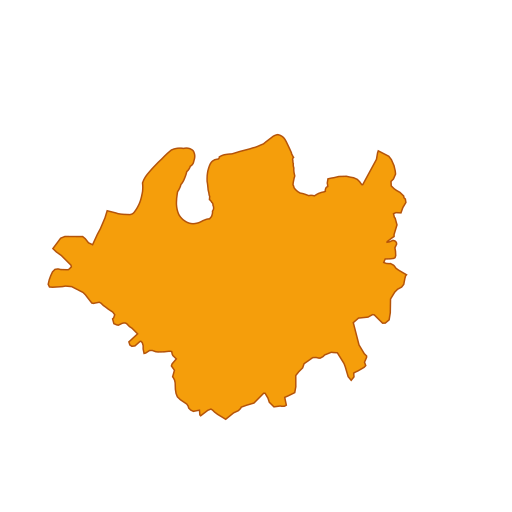 the district of Al-Bagur, Al Minufiyah, Egypt, rotated 223°
{"feature_id": "37247803B46685873859675", "entity_name": "Al-Bagur", "entity_type": "district", "adm_level": 2, "iso_a3": "EGY", "parent_name": "Egypt", "parent_adm1": "Al Minufiyah", "projection": "natural_earth1", "projection_center": [31.09, 30.413], "detail": "fine", "context": "isolated", "style": "filled", "palette": "amber", "viewbox_px": 512, "rotation_deg": 223, "n_neighbors": 0, "source": "geoboundaries", "source_scale": "gbopen_adm2", "svg_char_len": 6162}
<svg xmlns="http://www.w3.org/2000/svg" viewBox="0 0 512 512"><g transform="rotate(223 256 256)"><path d="M409.6,122.9L404.8,122.8L398.7,123.6L385.0,123.1L383.6,122.1L383.8,118.2L384.7,117.2L389.6,112.9L392.0,111.5L393.9,109.1L394.0,105.6L392.7,101.6L391.0,97.6L388.7,93.6L385.9,92.5L383.5,94.4L376.7,101.6L374.8,104.1L369.9,107.9L357.6,111.4L354.3,111.3L351.5,110.8L344.0,109.6L342.5,110.5L341.5,112.0L340.1,113.9L339.1,115.3L337.2,115.8L333.9,115.7L331.1,116.1L327.6,116.4L322.5,117.3L319.3,116.7L317.9,113.7L318.0,112.2L313.8,109.6L311.0,110.6L309.5,111.5L308.0,115.4L307.0,116.9L306.0,117.8L304.6,118.3L300.4,118.1L297.5,118.6L289.5,118.3L290.4,106.5L287.6,104.9L285.2,105.3L283.2,107.7L282.6,114.2L282.1,115.1L280.2,115.1L277.4,113.5L275.1,111.0L271.4,108.4L270.5,109.8L269.4,114.3L267.4,116.2L264.1,117.6L262.2,119.0L257.8,123.3L254.9,126.7L253.4,128.1L252.5,128.6L250.2,127.0L248.8,126.5L244.1,126.4L243.8,119.9L242.9,117.9L237.7,116.8L234.6,110.8L233.7,110.7L230.9,109.7L228.6,108.1L224.0,103.5L220.8,101.0L217.5,99.4L213.3,99.3L205.7,100.5L203.4,100.0L201.5,98.9L198.7,98.8L195.8,99.7L195.2,100.6L192.2,104.7L188.7,101.5L187.5,101.4L186.0,110.3L184.6,113.3L182.7,113.7L179.9,113.6L176.1,114.0L169.9,115.3L166.8,115.9L165.4,126.0L163.4,130.9L163.3,133.9L163.7,135.4L161.2,140.3L157.2,147.1L156.8,160.9L155.7,161.8L150.3,160.2L146.5,158.1L140.0,157.9L136.0,162.8L134.6,163.7L132.7,165.6L132.1,167.6L138.6,172.2L137.1,175.6L134.5,182.5L137.7,187.5L145.4,195.7L145.8,200.6L145.6,206.0L147.4,210.0L145.2,220.4L142.8,222.8L140.4,224.2L139.4,225.1L138.4,228.1L138.3,230.5L135.3,236.9L133.4,238.3L130.5,240.7L118.3,237.4L115.1,235.8L106.3,230.6L101.6,230.0L101.9,234.4L104.7,237.0L104.1,239.0L103.1,241.4L101.0,248.3L101.0,250.7L104.2,252.3L106.0,257.3L106.9,258.3L110.2,258.4L120.0,261.2L139.4,273.6L138.7,280.5L132.4,287.7L130.8,292.6L129.4,293.6L117.6,293.2L115.7,295.1L115.1,300.1L119.1,306.1L128.3,316.3L129.9,324.2L129.8,328.2L128.3,332.6L128.6,336.0L131.8,341.1L133.1,343.6L133.1,344.9L142.1,342.9L145.4,342.5L147.7,343.0L149.1,343.1L152.5,342.2L153.4,341.2L155.8,339.3L158.2,338.4L159.5,341.9L155.7,345.7L153.7,348.1L153.2,349.6L154.1,351.6L157.3,354.7L160.0,356.7L161.3,360.7L162.7,361.7L164.6,361.8L166.5,360.9L168.0,357.4L169.5,355.5L169.9,356.0L169.4,359.0L168.8,362.4L168.3,364.4L169.7,365.9L174.1,374.9L180.1,378.6L181.1,378.6L184.3,380.7L183.3,383.1L179.4,386.4L181.6,391.5L182.9,397.4L185.6,399.5L187.5,399.5L188.9,400.6L194.1,400.7L197.9,399.8L200.7,399.4L204.9,399.5L208.1,402.6L208.0,406.1L209.8,411.1L212.1,413.1L216.7,416.2L222.7,418.8L226.9,419.5L238.3,416.3L237.4,414.3L233.8,408.8L226.6,381.0L227.1,380.4L228.5,380.5L230.9,381.0L234.2,381.1L238.0,379.8L240.9,377.9L244.2,376.0L249.6,370.7L252.5,366.3L254.0,364.4L256.0,361.5L253.6,357.9L252.3,357.0L250.9,355.7L251.2,355.0L251.3,354.4L251.4,354.0L251.2,353.3L250.9,352.5L250.5,351.8L250.0,351.1L249.4,350.6L250.0,349.3L251.6,347.0L252.1,346.0L252.8,344.7L253.6,342.5L254.0,340.9L254.3,339.8L255.4,339.2L256.6,338.4L257.7,337.3L258.6,336.1L262.0,334.7L264.3,333.6L266.7,332.1L267.3,332.0L269.2,331.6L271.2,331.5L273.1,331.6L274.8,331.9L276.0,332.7L276.6,333.0L277.5,333.3L278.8,335.0L279.8,336.6L281.5,339.4L281.7,340.0L281.9,340.4L282.4,341.1L283.9,342.1L285.3,343.1L287.0,344.6L288.4,346.2L289.1,346.6L290.0,347.2L291.0,348.1L291.7,349.0L292.8,349.6L293.4,350.2L294.1,350.9L294.6,351.2L295.1,351.6L295.4,352.1L295.7,352.6L295.8,353.2L295.8,353.8L297.0,354.0L297.4,354.2L298.1,354.5L299.2,354.8L299.9,355.2L300.6,355.7L304.9,357.5L311.5,360.1L313.6,360.8L314.7,361.1L315.9,361.3L316.8,361.4L318.0,361.3L318.8,361.2L320.0,360.9L320.7,360.7L321.8,360.2L322.9,359.6L323.6,358.6L324.2,357.5L324.7,356.4L325.1,355.2L326.2,348.6L326.6,346.3L327.0,343.1L328.2,340.5L329.6,337.2L330.8,334.8L332.0,333.0L333.6,330.1L339.2,321.3L342.8,315.0L343.4,314.1L345.1,312.3L346.7,310.4L348.2,308.5L348.8,307.5L349.7,305.6L350.4,303.5L350.0,303.1L349.8,302.5L349.7,302.0L349.7,301.4L350.0,300.8L350.8,299.8L351.2,299.2L351.8,298.3L352.0,297.7L352.3,296.6L352.5,295.9L352.6,295.2L352.6,294.1L352.5,293.4L352.3,292.3L351.7,290.5L350.6,288.0L349.3,285.5L348.2,283.8L346.6,281.6L344.7,279.4L343.2,277.8L342.6,277.2L340.9,275.9L339.7,274.9L337.4,272.9L336.2,271.8L334.9,270.9L333.5,270.0L332.8,269.4L332.0,268.8L331.4,268.4L330.5,268.0L328.5,265.5L327.7,265.6L326.7,265.5L325.8,265.4L325.1,265.1L324.2,265.1L323.5,264.9L322.7,264.4L322.1,263.8L320.9,263.2L320.4,262.8L319.7,262.2L319.2,261.5L319.0,261.2L318.6,260.2L318.4,259.1L317.5,258.2L317.0,257.6L316.1,256.0L315.8,255.4L315.5,254.6L315.4,253.8L315.4,252.5L315.3,252.0L315.4,251.4L315.8,250.9L316.2,250.6L317.3,249.0L318.9,245.7L319.4,244.2L320.0,242.6L320.7,241.1L321.6,239.7L322.7,238.2L323.6,237.1L324.6,236.2L325.7,235.4L327.2,234.5L328.9,233.8L330.2,233.4L331.8,233.1L333.8,232.8L335.8,232.8L337.8,233.0L339.8,233.4L341.2,233.9L343.1,234.8L345.4,236.2L347.5,237.8L349.4,239.5L350.8,241.0L353.4,244.1L355.2,246.6L357.2,249.5L357.5,251.3L358.1,253.4L358.8,255.4L359.7,257.1L359.7,258.2L359.9,259.6L360.1,260.5L360.4,261.8L361.3,264.3L362.1,266.3L363.0,268.3L364.2,270.5L364.1,272.2L364.3,273.8L364.7,275.4L365.3,276.9L365.0,277.9L364.9,278.9L365.0,280.1L365.2,281.0L365.6,281.9L366.0,282.7L366.4,283.3L366.8,284.2L367.4,285.3L368.3,286.6L369.1,287.5L370.3,288.5L371.3,289.1L372.7,289.8L373.8,290.1L374.2,290.1L375.4,290.0L376.5,289.7L377.3,289.5L378.0,289.2L379.0,288.6L380.3,287.7L381.4,286.5L382.5,285.1L383.7,284.3L384.9,283.3L386.6,281.6L387.7,280.2L389.0,278.3L389.5,277.2L390.2,275.8L390.8,270.6L391.0,266.9L391.1,262.5L391.4,257.9L391.5,251.5L391.5,248.3L391.3,243.5L391.2,241.4L390.9,238.9L390.5,237.0L390.0,235.1L389.3,233.3L388.8,232.0L387.2,230.6L385.8,229.2L384.4,227.6L383.1,226.0L382.0,224.3L379.9,220.8L378.9,218.9L378.2,217.5L377.6,216.1L376.8,214.0L376.2,211.9L375.8,210.4L375.4,208.5L375.1,206.4L374.9,204.9L374.9,203.7L375.1,202.8L375.4,201.9L375.9,201.1L376.4,200.3L377.1,199.7L381.3,196.1L383.5,194.4L385.9,192.8L387.7,192.0L395.7,187.6L392.4,180.8L388.4,169.8L386.8,163.7L383.2,152.8L387.5,151.4L392.6,152.2L396.0,152.0L409.1,139.9L411.0,135.8L410.2,128.4L409.6,122.9Z" fill="#f59e0b" stroke="#b45309" stroke-width="1.5"/></g></svg>